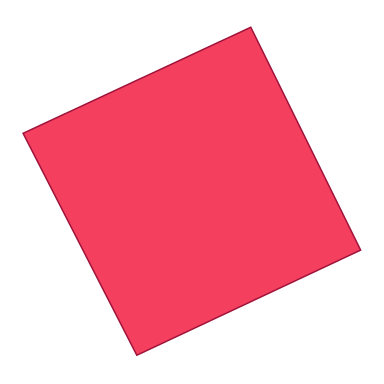 Hockley, Texas, United States of America (orthographic projection), rotated 335°
{"feature_id": "52423323B48286910012363", "entity_name": "Hockley", "entity_type": "district", "adm_level": 2, "iso_a3": "USA", "parent_name": "United States of America", "parent_adm1": "Texas", "projection": "orthographic", "projection_center": [-102.393, 33.607], "detail": "fine", "context": "isolated", "style": "filled", "palette": "rose", "viewbox_px": 384, "rotation_deg": 335, "n_neighbors": 0, "source": "geoboundaries", "source_scale": "gbopen_adm2", "svg_char_len": 226}
<svg xmlns="http://www.w3.org/2000/svg" viewBox="0 0 384 384"><g transform="rotate(335 192 192)"><path d="M73.0,316.6L320.3,315.9L314.9,67.5L63.7,67.4L73.0,316.6Z" fill="#f43f5e" stroke="#9f1239" stroke-width="1.5"/></g></svg>